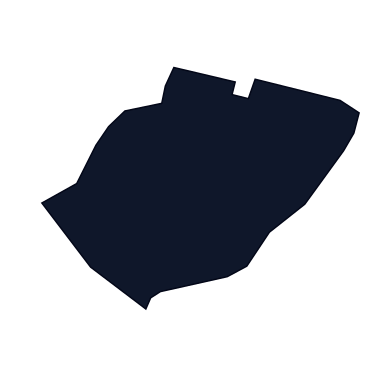 an SVG outline of Manafwa, rotated 14°
{"feature_id": "UGA-3116", "entity_name": "Manafwa", "entity_type": "District", "adm_level": 1, "iso_a3": "UGA", "parent_name": "Uganda", "parent_adm1": "", "projection": "orthographic", "projection_center": [34.325, 0.877], "detail": "fine", "context": "isolated", "style": "filled", "palette": "ink", "viewbox_px": 384, "rotation_deg": 14, "n_neighbors": 0, "source": "natural_earth", "source_scale": "10m", "svg_char_len": 468}
<svg xmlns="http://www.w3.org/2000/svg" viewBox="0 0 384 384"><g transform="rotate(14 192 192)"><path d="M335.0,74.8L334.8,95.7L329.1,115.3L304.4,176.5L276.8,212.3L263.1,250.7L246.7,265.6L185.4,296.3L177.5,304.7L175.5,316.7L175.1,316.5L111.8,289.4L49.0,239.0L78.1,211.7L87.5,169.8L95.3,148.7L107.3,129.6L141.2,113.3L140.5,95.6L144.3,75.6L207.3,74.8L207.3,87.8L224.1,87.8L226.0,67.3L313.5,67.3L335.0,74.8Z" fill="#0f172a" stroke="#020617" stroke-width="1.5"/></g></svg>